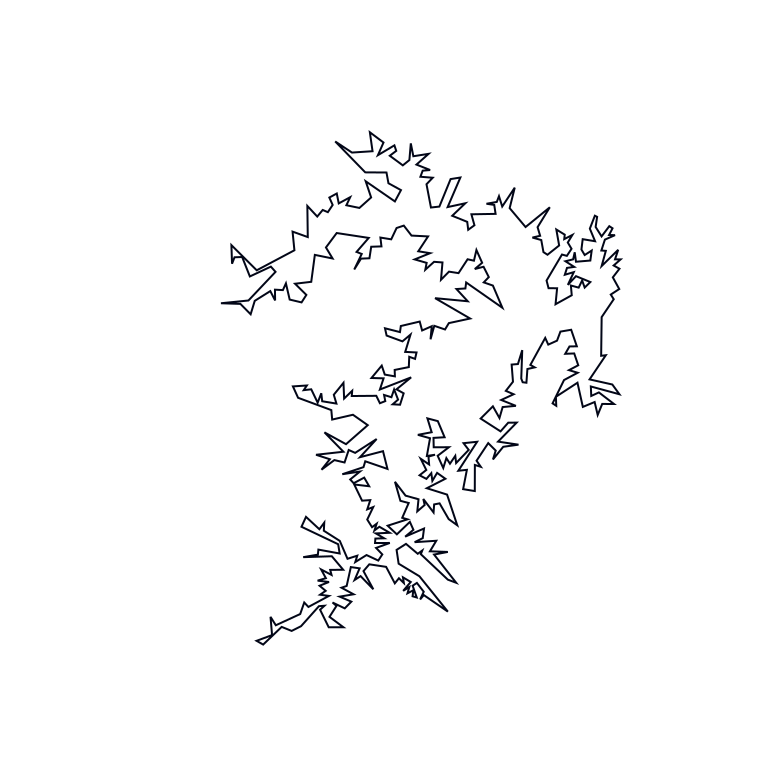 Wadung Kedungombo, Jawa Tengah, Indonesia, rotated 45°
{"feature_id": "22746128B86942252851890", "entity_name": "Wadung Kedungombo", "entity_type": "district", "adm_level": 2, "iso_a3": "IDN", "parent_name": "Indonesia", "parent_adm1": "Jawa Tengah", "projection": "equal_earth", "projection_center": [110.819, -7.295], "detail": "fine", "context": "isolated", "style": "outline", "palette": "ink", "viewbox_px": 768, "rotation_deg": 45, "n_neighbors": 0, "source": "geoboundaries", "source_scale": "gbopen_adm2", "svg_char_len": 6153}
<svg xmlns="http://www.w3.org/2000/svg" viewBox="0 0 768 768"><g transform="rotate(45 384 384)"><path d="M317.6,274.2L328.5,268.2L332.4,274.0L333.0,262.2L339.4,256.7L350.6,270.0L350.5,258.6L358.3,252.9L354.9,236.7L360.4,233.2L354.6,223.9L367.7,228.9L366.9,238.5L371.5,230.7L382.5,234.3L382.7,241.6L391.4,237.4L413.8,246.4L370.3,254.1L374.0,258.9L368.1,265.6L384.7,266.3L359.4,287.2L398.6,276.8L386.8,295.1L388.6,302.3L378.4,307.3L385.3,319.5L376.9,309.4L373.1,319.2L365.1,314.6L354.9,331.1L358.6,336.0L345.3,343.9L351.6,347.9L366.9,340.8L367.8,330.3L376.3,346.3L384.7,338.7L388.2,344.3L382.6,346.9L389.6,354.5L381.6,366.5L386.3,370.9L377.9,376.8L369.4,372.6L370.9,388.6L379.7,380.3L385.0,390.8L398.5,360.1L396.6,378.9L404.5,376.7L410.0,387.3L404.5,392.2L405.0,385.1L395.0,380.7L398.6,388.1L391.8,391.7L397.0,395.2L394.7,400.5L386.9,397.8L369.7,415.3L366.3,411.3L366.1,422.5L354.5,411.8L356.1,427.1L364.2,431.5L352.5,439.9L346.2,434.9L350.3,444.1L336.3,439.2L331.6,445.1L330.5,439.6L321.3,450.1L333.0,454.5L365.2,439.7L372.5,445.8L383.8,427.7L401.6,424.6L399.7,453.4L376.1,460.3L403.2,460.6L386.0,482.1L398.9,475.5L400.4,488.8L402.7,472.9L411.6,467.4L405.7,455.6L412.3,453.1L417.7,428.1L418.8,452.7L430.8,432.2L446.5,441.6L425.4,451.9L428.3,457.3L418.3,477.3L428.9,462.9L427.6,475.4L432.7,475.6L436.2,464.2L445.8,466.8L434.0,476.1L451.0,482.0L456.4,475.8L460.8,484.5L463.4,478.6L468.0,491.7L476.8,493.7L477.6,488.0L480.8,494.3L481.7,488.2L493.2,485.2L483.9,495.4L493.2,493.0L487.2,499.4L490.1,502.8L500.5,492.3L494.3,505.5L503.3,505.7L504.8,512.9L492.6,517.3L489.6,530.2L486.5,524.3L481.8,533.4L463.7,526.2L445.2,530.3L439.8,524.3L441.0,532.4L422.8,533.1L426.6,543.3L464.9,529.7L472.5,535.2L454.7,547.5L457.9,551.4L449.3,563.6L468.9,542.7L486.5,544.2L477.4,553.5L481.9,556.1L470.7,559.6L480.2,562.4L476.1,570.0L485.1,562.9L481.1,572.2L489.0,571.5L487.8,578.2L494.9,572.8L488.2,595.1L482.1,594.9L487.4,605.9L478.1,631.1L468.4,628.9L482.4,640.7L475.5,655.7L482.8,653.7L483.4,628.1L493.3,623.9L496.6,613.9L495.1,587.1L498.7,582.9L498.4,588.8L516.9,595.1L527.3,584.7L510.1,587.2L507.3,574.5L502.1,574.9L514.9,570.4L514.8,561.0L503.0,565.7L511.2,554.2L498.0,558.1L500.4,553.2L490.0,536.9L497.1,531.6L501.8,543.4L503.3,536.4L521.6,536.7L501.8,530.8L501.1,521.9L514.8,511.8L532.6,517.3L531.9,510.8L538.8,510.7L534.1,507.3L542.9,505.1L543.8,516.7L545.5,509.7L548.6,515.4L550.6,509.1L554.3,513.9L558.1,511.8L546.9,506.4L547.9,501.4L559.0,502.8L561.9,510.8L561.4,505.1L590.1,499.8L545.0,494.9L521.4,500.7L510.2,492.4L512.6,481.5L527.9,480.2L528.8,474.7L530.4,478.3L567.5,477.2L575.6,473.5L540.0,469.2L547.9,457.6L534.8,469.8L531.8,457.9L517.5,474.2L520.4,465.6L514.5,457.9L506.9,477.0L507.9,466.3L499.8,463.2L499.4,481.2L486.8,481.6L496.3,463.1L491.5,465.7L485.6,450.7L478.2,455.0L460.9,445.4L478.2,447.7L489.9,441.1L497.6,450.5L498.3,440.8L493.1,437.5L509.9,439.8L504.6,433.7L507.7,429.1L525.3,433.8L535.7,432.1L506.8,417.6L488.0,427.4L494.4,407.6L484.4,409.3L486.7,418.3L480.5,413.6L481.1,421.1L473.7,423.4L474.7,414.9L462.8,410.9L472.8,409.0L466.8,403.9L470.1,397.9L465.2,404.6L454.9,389.8L443.9,396.0L451.8,384.4L439.0,377.6L448.3,372.2L464.5,378.8L457.1,387.1L463.9,393.6L474.6,382.8L472.7,396.8L485.3,401.5L480.5,392.3L487.0,393.7L485.2,384.4L490.9,388.9L490.5,370.7L482.1,369.6L490.7,359.0L497.9,392.8L503.3,386.1L514.3,402.4L523.9,395.5L505.5,377.0L511.0,374.1L503.7,372.8L499.5,352.1L510.1,352.1L514.4,360.3L512.7,344.1L522.0,331.8L505.4,344.1L505.1,317.5L499.2,323.5L499.9,335.1L476.8,340.1L476.8,322.8L489.7,326.4L484.2,316.4L492.7,306.2L478.2,312.4L482.9,299.6L475.0,302.7L473.6,291.2L460.5,280.0L464.6,275.2L457.8,262.3L477.2,283.1L480.8,284.7L483.8,282.4L474.8,272.0L478.8,265.7L474.0,267.0L465.4,237.4L472.3,240.0L475.7,231.0L471.7,222.2L478.0,213.3L493.7,221.0L488.6,226.3L490.8,234.5L496.9,227.9L508.1,233.4L505.0,243.4L513.0,239.1L508.5,253.9L516.9,278.5L521.2,277.6L514.6,271.5L519.9,246.3L540.8,259.6L545.7,247.8L557.0,254.8L552.4,243.8L560.8,235.5L541.9,238.0L539.0,245.9L532.0,239.5L557.7,224.8L545.8,222.9L526.1,235.4L520.5,206.8L517.6,210.5L490.6,182.8L486.5,161.6L481.1,160.4L483.2,150.5L470.4,146.8L469.0,136.0L462.6,137.8L463.2,128.6L459.2,132.5L454.7,123.5L454.5,146.7L446.7,133.0L443.3,135.9L438.1,125.7L442.1,115.4L437.8,119.5L435.5,112.3L431.7,113.1L433.5,125.8L422.6,123.3L416.5,115.1L414.1,115.9L419.7,128.6L432.3,133.8L422.1,141.1L428.5,149.3L434.7,150.9L436.5,142.8L442.6,150.8L433.3,161.8L425.7,156.0L429.6,162.1L425.5,168.9L435.7,166.7L431.3,172.5L434.6,178.9L439.1,170.7L443.9,183.9L443.5,172.0L457.8,166.0L457.7,173.9L450.9,170.7L453.5,178.2L446.5,182.2L454.0,188.5L448.9,206.3L438.7,193.9L432.6,199.9L425.8,195.9L418.3,166.6L422.7,164.1L421.0,155.8L413.9,154.0L411.8,145.4L409.0,154.1L406.2,150.6L396.6,152.9L409.9,162.2L408.2,177.0L403.5,178.0L393.4,171.0L385.4,175.5L389.6,168.8L381.7,164.5L376.3,141.8L373.1,172.9L348.5,170.8L337.6,152.7L342.1,174.9L332.5,169.9L335.0,175.5L329.0,184.1L335.3,179.4L342.6,184.8L325.8,202.2L335.7,207.8L334.5,215.4L328.2,210.5L313.3,216.8L313.7,198.7L303.9,213.9L292.0,184.0L286.2,192.0L297.7,219.4L292.4,226.0L272.8,212.7L272.6,203.7L263.2,211.7L260.5,205.8L265.3,200.1L251.8,205.9L252.8,189.7L243.7,202.2L232.8,194.9L243.6,207.7L242.7,216.1L226.7,218.5L227.8,210.5L222.6,207.9L217.9,226.5L212.9,213.6L196.0,216.0L211.3,227.5L197.7,243.0L178.0,247.0L221.1,247.6L236.2,232.7L245.2,238.9L258.9,234.9L262.6,247.2L227.7,253.6L243.0,261.2L242.1,276.9L231.0,284.2L228.0,275.8L224.3,288.3L215.9,282.7L213.5,290.8L221.1,293.7L222.8,302.2L217.6,304.3L218.4,312.8L203.9,312.3L226.2,334.0L211.6,340.9L226.1,352.8L213.6,393.6L177.9,393.7L191.5,406.4L188.7,400.1L193.9,394.5L213.1,402.8L221.0,381.0L228.0,381.4L229.1,420.8L211.6,442.2L225.8,428.9L240.4,429.0L233.8,416.6L237.9,398.7L247.9,401.9L240.2,394.4L246.1,389.1L243.5,382.2L257.6,391.0L268.0,384.6L266.1,375.9L250.2,376.0L260.3,363.2L243.8,341.6L258.9,331.6L246.4,328.5L243.8,310.7L269.9,291.5L271.2,310.0L276.3,307.8L282.0,324.1L279.1,311.6L284.8,305.4L277.9,296.0L284.9,288.5L277.9,283.0L286.8,276.6L282.6,264.8L286.0,258.0L298.5,259.6L310.8,248.5L314.4,265.9L324.1,258.9L317.6,274.2Z" fill="none" stroke="#020617" stroke-width="2"/></g></svg>